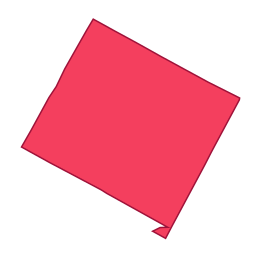 Boone, Arkansas, United States of America, rotated 118°
{"feature_id": "52423323B14663422134470", "entity_name": "Boone", "entity_type": "district", "adm_level": 2, "iso_a3": "USA", "parent_name": "United States of America", "parent_adm1": "Arkansas", "projection": "natural_earth1", "projection_center": [-93.068, 36.306], "detail": "fine", "context": "isolated", "style": "filled", "palette": "rose", "viewbox_px": 256, "rotation_deg": 118, "n_neighbors": 0, "source": "geoboundaries", "source_scale": "gbopen_adm2", "svg_char_len": 506}
<svg xmlns="http://www.w3.org/2000/svg" viewBox="0 0 256 256"><g transform="rotate(118 128 128)"><path d="M194.8,213.1L195.3,181.1L195.2,122.6L195.7,116.0L197.0,46.3L200.8,52.9L207.6,57.8L207.8,43.0L193.6,43.1L193.4,43.1L131.3,42.9L130.9,42.9L124.4,42.9L123.9,42.9L110.7,43.1L101.7,43.1L51.9,42.9L50.9,42.9L49.1,43.5L49.9,78.8L49.4,132.3L48.8,160.7L48.6,184.5L48.2,209.8L60.9,210.4L105.6,211.6L125.1,210.8L138.1,212.1L175.5,212.5L194.8,213.1Z" fill="#f43f5e" stroke="#9f1239" stroke-width="1.5"/></g></svg>